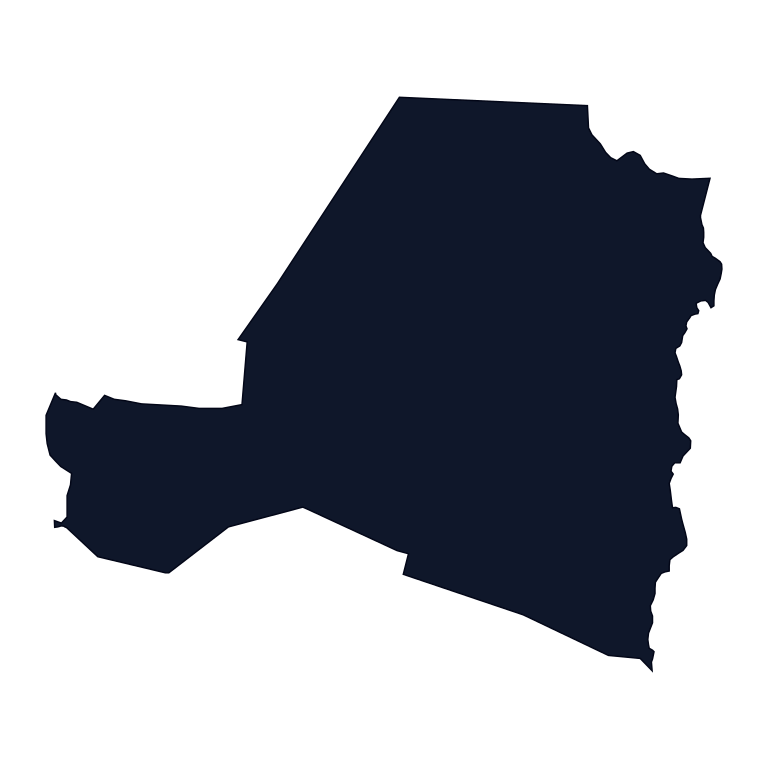 Tampin, Negeri Sembilan, Malaysia (Equal Earth projection)
{"feature_id": "92858781B76684976870525", "entity_name": "Tampin", "entity_type": "district", "adm_level": 2, "iso_a3": "MYS", "parent_name": "Malaysia", "parent_adm1": "Negeri Sembilan", "projection": "equal_earth", "projection_center": [102.507, 2.55], "detail": "fine", "context": "isolated", "style": "filled", "palette": "ink", "viewbox_px": 768, "rotation_deg": 0, "n_neighbors": 0, "source": "geoboundaries", "source_scale": "gbopen_adm2", "svg_char_len": 2226}
<svg xmlns="http://www.w3.org/2000/svg" viewBox="0 0 768 768"><path d="M277.3,283.8L238.1,339.6L247.2,341.9L242.0,404.6L222.2,408.4L211.9,408.4L198.9,408.4L181.3,406.1L141.5,403.9L125.6,400.8L114.2,399.3L104.6,395.4L93.2,409.2L76.8,402.3L70.5,401.6L66.5,400.0L60.9,399.3L55.7,394.7L55.5,392.8L46.1,415.3L46.1,423.0L46.1,433.7L47.2,443.6L50.1,455.1L55.7,461.2L60.8,466.5L71.6,473.4L70.5,484.9L67.1,495.6L67.1,507.8L67.1,517.0L61.4,523.1L54.4,520.6L54.7,527.3L57.6,526.9L59.2,526.5L61.0,525.9L63.7,526.1L64.9,526.9L66.5,527.5L97.8,556.7L165.4,572.8L168.8,572.8L228.4,526.9L302.8,507.1L306.9,508.9L397.1,550.6L408.5,553.7L403.3,574.3L523.2,614.8L608.4,655.4L640.2,658.4L652.1,670.7L651.4,662.0L652.5,659.0L654.0,651.7L652.5,650.2L649.2,648.3L648.5,644.8L647.8,639.5L648.5,633.1L650.0,629.2L652.5,622.8L652.5,616.0L650.7,611.1L650.3,605.7L653.2,599.8L655.0,593.5L655.0,588.1L655.4,582.2L657.6,578.8L661.2,573.4L664.9,571.9L669.2,571.0L669.2,565.6L669.9,559.7L673.2,556.8L679.0,552.9L683.0,550.4L686.7,545.5L686.7,539.2L685.2,532.3L682.8,523.7L681.6,519.1L679.4,508.8L675.8,507.4L672.5,507.8L671.4,500.0L670.3,490.7L669.2,483.4L671.0,478.5L673.2,474.1L671.0,471.2L671.8,466.3L674.7,462.8L676.9,462.8L680.1,462.8L683.0,456.0L690.3,448.2L690.7,440.8L688.8,437.9L684.5,434.5L681.6,432.0L677.9,423.2L678.3,414.9L677.6,409.0L676.1,403.6L675.0,397.3L676.5,386.5L676.8,379.7L679.4,378.7L681.6,374.8L681.2,370.9L679.8,366.0L678.3,362.1L676.5,356.7L675.0,352.8L675.8,348.4L679.8,345.9L681.6,342.5L682.7,335.6L684.8,332.7L687.0,328.8L685.9,325.9L686.7,321.9L689.9,317.5L691.0,315.6L695.0,314.1L697.9,313.6L698.7,310.7L696.8,307.7L696.1,303.3L700.8,300.9L705.6,300.4L708.1,302.4L711.0,307.7L713.9,305.8L713.9,300.9L714.3,295.0L715.4,289.6L717.6,284.3L720.1,278.9L721.2,273.5L721.9,269.1L721.6,264.2L720.1,261.8L715.4,258.3L712.1,256.4L710.7,253.4L705.2,247.6L703.0,242.7L703.7,237.3L703.7,232.4L703.4,228.0L701.9,224.6L700.5,217.7L700.5,215.3L710.0,178.3L691.9,179.1L678.8,178.4L672.6,176.1L663.5,173.0L656.7,173.8L649.3,169.2L644.7,163.8L640.2,155.4L633.4,151.6L627.1,153.1L616.9,160.8L610.7,157.7L605.6,152.4L600.4,144.0L591.9,134.8L588.5,127.9L587.4,105.7L399.4,97.3L277.3,283.8Z" fill="#0f172a" stroke="#020617" stroke-width="1.5"/></svg>